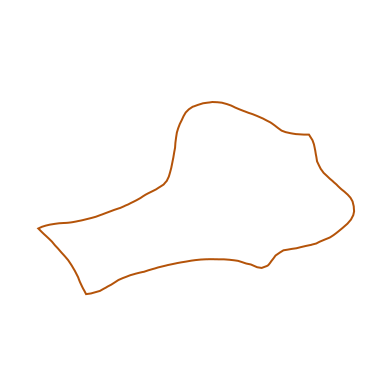 the district of Sayun, Hadramawt, Yemen, rotated 261°
{"feature_id": "15242507B12607527739382", "entity_name": "Sayun", "entity_type": "district", "adm_level": 2, "iso_a3": "YEM", "parent_name": "Yemen", "parent_adm1": "Hadramawt", "projection": "mercator", "projection_center": [48.811, 16.015], "detail": "fine", "context": "isolated", "style": "outline", "palette": "amber", "viewbox_px": 384, "rotation_deg": 261, "n_neighbors": 0, "source": "geoboundaries", "source_scale": "gbopen_adm2", "svg_char_len": 3179}
<svg xmlns="http://www.w3.org/2000/svg" viewBox="0 0 384 384"><g transform="rotate(261 192 192)"><path d="M107.7,71.4L107.6,76.4L107.7,77.1L108.1,80.5L108.7,85.6L109.4,87.4L110.3,89.8L111.0,91.9L111.8,93.8L112.0,94.4L113.1,97.7L114.9,101.8L116.6,105.6L117.8,110.2L118.6,114.1L119.1,116.3L119.5,118.2L120.0,122.6L120.1,123.1L120.5,127.5L120.7,130.6L120.7,132.0L121.5,136.7L121.9,139.9L122.1,141.5L122.3,143.4L122.8,146.7L123.2,151.8L123.5,155.5L123.6,156.2L123.8,160.4L124.0,164.6L124.1,166.1L124.2,170.2L124.2,173.6L124.2,175.1L124.3,180.5L124.2,184.8L123.9,190.2L123.4,194.9L122.7,200.2L121.6,206.3L120.5,213.0L119.1,218.9L118.9,219.5L118.0,222.8L116.8,226.7L114.9,230.5L112.9,234.3L111.2,238.8L107.5,244.6L106.1,248.9L106.9,252.9L107.2,254.4L107.7,255.7L108.6,256.8L110.0,258.3L110.5,258.8L110.8,259.0L113.5,261.9L116.2,264.6L118.5,269.4L120.1,273.2L120.1,277.3L120.2,281.8L120.1,286.3L120.5,290.5L120.9,295.9L121.1,300.2L121.1,301.2L121.3,302.4L121.7,306.7L122.5,309.0L123.0,310.6L124.3,315.9L124.9,318.5L125.5,321.0L126.0,322.2L127.3,325.1L128.6,327.6L130.0,330.1L133.0,335.2L136.4,340.6L136.5,340.7L139.9,344.7L142.5,346.6L143.8,347.6L145.3,348.2L147.6,349.1L150.6,349.3L152.5,349.5L157.6,349.1L161.6,347.6L165.3,345.2L165.6,344.9L168.7,342.4L171.2,340.1L172.8,338.8L174.9,337.2L176.9,335.8L179.6,333.5L180.7,332.7L183.7,330.1L187.0,327.6L190.3,325.0L193.1,323.6L194.6,322.8L195.2,322.6L198.3,321.6L202.7,320.3L203.8,320.3L207.3,320.3L210.2,320.2L211.3,320.2L213.9,320.2L215.4,320.1L216.1,320.1L220.0,319.9L224.3,319.1L227.8,317.6L230.4,316.5L230.8,314.1L231.1,311.9L232.0,307.9L232.7,304.8L232.9,303.8L233.9,300.7L234.7,298.4L236.5,293.8L238.6,290.1L241.8,286.9L245.1,283.8L247.3,281.6L248.3,280.5L248.5,280.3L251.1,276.7L253.6,273.4L253.9,272.9L256.9,268.2L259.3,264.2L260.2,262.5L261.3,260.3L263.4,256.7L263.7,256.1L266.4,251.5L268.7,247.8L269.8,246.3L271.3,244.1L273.4,240.2L275.1,236.4L275.5,235.6L276.7,231.1L277.3,228.1L277.7,226.2L277.7,223.3L277.8,221.3L277.9,216.8L277.1,211.4L276.3,207.4L276.1,206.0L274.2,201.9L274.0,201.6L272.9,200.1L271.5,198.2L268.2,195.5L266.4,194.3L264.6,193.1L261.1,190.6L256.9,188.2L254.8,187.2L253.2,186.4L248.3,184.8L244.9,183.8L243.2,183.3L238.4,182.2L233.9,180.6L228.5,178.8L227.5,178.4L224.2,177.2L219.1,175.3L214.8,173.4L213.1,172.6L210.8,171.5L206.9,168.8L205.7,167.3L203.8,165.1L202.4,161.9L202.0,161.0L201.6,160.0L200.2,156.9L198.9,152.8L197.5,148.3L196.6,145.7L196.0,144.3L195.6,143.3L194.1,140.1L192.6,136.0L191.5,132.6L191.2,131.6L190.7,129.9L189.7,127.0L189.0,124.0L188.6,122.8L187.4,118.3L187.4,117.8L186.5,112.4L185.7,108.5L184.6,103.1L183.9,99.8L183.6,98.1L182.6,93.2L182.1,88.8L181.7,84.1L181.3,79.5L181.2,77.9L181.1,74.8L181.0,73.2L180.9,69.7L180.9,67.6L181.0,65.2L181.1,63.6L181.5,60.0L181.9,55.9L182.0,51.6L182.0,47.5L182.0,46.8L182.0,46.5L181.7,42.5L181.1,38.3L180.0,34.5L177.2,36.5L175.3,37.9L173.2,39.5L171.6,40.8L168.4,43.3L164.9,45.9L160.8,48.3L157.3,50.7L152.6,53.6L149.9,55.4L148.5,56.3L144.1,59.0L140.2,60.8L139.3,61.2L138.2,61.7L135.1,62.9L132.6,63.9L131.1,64.4L125.6,66.2L123.5,66.6L120.8,67.2L115.6,68.7L113.4,69.4L111.6,70.1L108.6,71.1L107.7,71.4Z" fill="none" stroke="#b45309" stroke-width="2"/></g></svg>